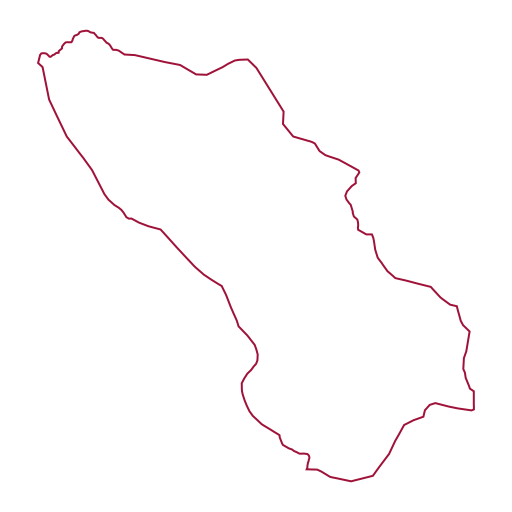 outline of Jabal Ash sharq, Dhamar, Yemen
{"feature_id": "15242507B95425982092930", "entity_name": "Jabal Ash sharq", "entity_type": "district", "adm_level": 2, "iso_a3": "YEM", "parent_name": "Yemen", "parent_adm1": "Dhamar", "projection": "robinson", "projection_center": [43.902, 14.736], "detail": "fine", "context": "isolated", "style": "outline", "palette": "rose", "viewbox_px": 512, "rotation_deg": 0, "n_neighbors": 0, "source": "geoboundaries", "source_scale": "gbopen_adm2", "svg_char_len": 3699}
<svg xmlns="http://www.w3.org/2000/svg" viewBox="0 0 512 512"><path d="M247.8,59.5L239.4,59.8L234.9,60.5L228.1,63.8L222.5,67.2L215.8,70.4L206.8,74.8L196.1,74.4L180.1,65.0L166.6,62.4L164.6,62.0L160.3,61.0L134.9,55.1L124.4,54.5L123.6,53.9L121.9,52.8L120.9,52.1L120.5,51.8L118.7,50.6L116.0,49.8L114.8,49.9L112.9,49.7L111.7,48.1L110.5,46.0L109.3,44.4L107.7,43.2L106.5,42.7L105.2,41.1L104.2,40.1L103.1,38.7L101.7,37.9L99.6,37.9L98.3,37.8L97.0,36.6L95.9,35.1L95.0,34.2L93.9,32.9L92.5,32.7L90.6,32.4L88.4,31.1L86.7,30.7L84.6,30.9L83.2,31.2L81.5,31.4L79.4,32.3L78.7,33.8L77.0,34.9L75.3,35.4L74.3,36.0L72.9,38.8L72.3,40.8L71.4,42.2L69.7,42.3L67.3,42.2L65.7,42.4L64.4,43.5L63.1,45.1L62.1,46.5L62.0,48.4L58.8,51.1L58.6,52.8L57.8,52.9L56.6,52.9L56.1,53.1L54.1,54.7L52.9,55.0L50.6,56.8L49.5,56.7L48.3,55.4L46.6,53.8L45.1,53.3L43.0,53.2L41.4,53.4L40.1,54.9L38.1,63.0L42.5,67.0L42.7,67.7L49.1,99.5L56.8,115.8L66.8,136.6L69.7,140.3L76.0,148.5L79.1,152.6L80.6,154.5L83.5,158.2L84.6,159.8L92.0,170.0L104.4,194.1L108.5,199.7L114.5,205.1L118.7,207.7L121.4,209.9L123.6,212.7L126.4,217.2L128.8,218.6L131.6,218.6L138.6,222.4L139.2,222.7L147.3,225.8L147.5,225.9L148.3,226.2L160.6,229.5L168.5,238.2L176.3,246.9L185.1,256.4L190.0,261.6L194.2,266.1L194.4,266.3L194.9,266.7L195.1,267.0L202.9,273.8L203.6,274.5L204.1,274.8L211.7,279.9L218.3,284.0L221.7,286.0L226.1,295.0L231.0,307.6L232.3,310.5L233.1,312.4L236.7,320.4L238.6,326.4L247.2,335.3L249.3,337.9L250.7,339.8L254.7,344.9L256.3,349.3L257.7,354.5L257.4,360.4L256.1,363.8L253.6,366.6L251.3,369.8L247.3,373.7L244.2,378.5L241.7,383.4L241.8,385.3L241.8,388.3L242.0,391.2L242.7,394.4L244.6,400.3L246.8,405.7L247.9,408.0L249.5,411.3L253.0,416.1L256.4,419.2L261.8,424.3L264.4,425.9L266.9,427.4L269.2,428.8L269.4,428.9L273.7,431.6L275.0,432.4L275.2,432.5L277.5,433.9L278.8,434.7L279.4,435.1L279.5,435.2L279.6,435.9L279.7,437.3L282.0,443.2L282.0,443.3L283.0,445.0L286.0,446.7L288.9,448.4L291.9,449.4L294.0,451.0L296.1,451.9L297.9,452.8L298.8,453.3L299.7,453.7L300.6,453.7L301.8,453.7L302.7,453.6L304.1,453.6L306.3,453.9L307.5,454.1L307.9,454.5L308.3,454.9L309.0,455.8L309.2,456.7L309.3,456.9L309.4,458.1L308.9,459.4L308.5,461.6L307.9,462.8L307.8,463.8L307.5,465.3L307.3,467.8L306.7,469.3L306.8,469.3L309.8,469.4L313.0,469.5L317.2,469.6L321.4,471.6L330.0,476.8L330.3,476.9L332.8,477.5L335.5,478.0L343.5,479.7L351.1,481.3L372.9,475.8L376.4,470.9L379.3,466.9L388.2,455.1L388.9,454.3L389.8,452.4L395.2,440.9L398.9,434.5L404.1,425.0L413.6,420.2L423.4,416.7L424.9,410.3L429.7,404.9L435.3,403.1L448.9,406.6L457.8,408.4L471.5,410.4L473.9,409.4L473.9,406.7L473.8,404.1L473.8,403.8L473.8,391.3L469.9,388.6L469.0,385.9L465.7,377.9L464.9,372.6L463.3,369.0L463.9,358.1L466.3,351.3L469.6,331.5L463.1,325.2L461.1,321.5L460.7,320.7L459.5,316.2L458.0,310.9L457.2,307.7L456.8,306.2L456.3,306.1L452.0,305.1L450.2,304.7L445.7,301.4L443.5,299.8L440.5,297.5L433.1,289.5L430.8,286.9L417.2,283.5L406.6,280.7L395.3,278.1L392.7,275.7L392.1,275.2L390.4,273.7L387.7,271.4L387.3,271.0L386.2,269.4L383.1,265.1L381.7,263.0L377.7,257.7L375.2,249.6L373.9,240.7L373.5,239.0L373.4,238.1L371.9,234.4L370.4,234.4L366.7,234.4L366.3,234.4L358.2,229.8L357.9,227.9L358.2,225.3L358.0,222.3L357.3,219.5L356.5,218.8L353.9,216.5L352.7,212.9L352.9,212.1L352.2,209.7L350.8,205.1L350.7,204.8L350.3,204.4L349.3,203.3L346.5,199.5L345.7,197.1L345.3,195.8L346.9,191.6L347.0,191.4L351.7,186.1L355.8,183.2L355.6,178.1L359.3,172.5L359.3,172.4L358.5,170.5L338.6,159.6L329.5,156.6L325.3,155.1L319.6,151.1L316.9,146.8L315.0,143.7L314.9,143.6L314.7,143.4L312.2,142.1L309.9,141.3L308.7,141.0L304.2,139.7L302.9,139.3L300.4,138.6L293.2,136.5L283.0,124.0L283.6,111.6L256.4,67.9L247.8,59.5Z" fill="none" stroke="#9f1239" stroke-width="2"/></svg>